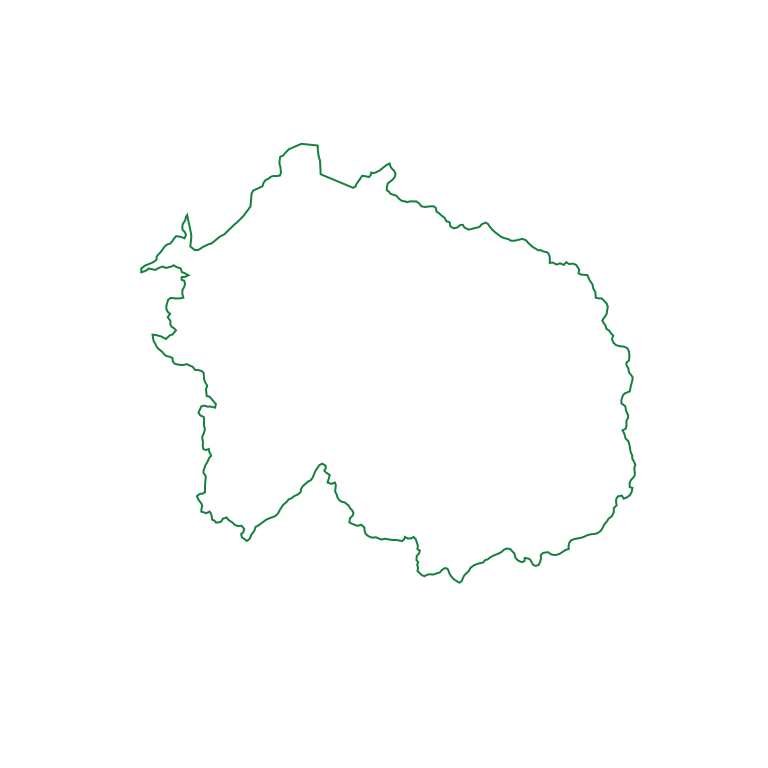 Itamaraju, Bahia, Brazil, rotated 222°
{"feature_id": "56859067B67912929740890", "entity_name": "Itamaraju", "entity_type": "district", "adm_level": 2, "iso_a3": "BRA", "parent_name": "Brazil", "parent_adm1": "Bahia", "projection": "albers", "projection_center": [-39.741, -16.985], "detail": "fine", "context": "isolated", "style": "outline", "palette": "green", "viewbox_px": 768, "rotation_deg": 222, "n_neighbors": 0, "source": "geoboundaries", "source_scale": "gbopen_adm2", "svg_char_len": 6166}
<svg xmlns="http://www.w3.org/2000/svg" viewBox="0 0 768 768"><g transform="rotate(222 384 384)"><path d="M380.9,175.5L380.2,178.9L381.7,183.4L382.2,188.3L383.8,191.9L382.6,195.3L380.6,204.9L376.5,212.9L376.1,217.1L376.9,219.6L378.1,226.3L377.4,231.6L377.7,234.5L376.4,237.0L375.7,240.6L374.1,244.3L373.6,247.9L375.4,250.5L376.0,253.8L375.2,260.5L374.1,263.3L374.3,266.4L376.8,273.6L377.8,280.2L376.6,283.5L372.7,284.2L370.9,282.4L370.4,279.7L368.1,279.4L363.4,280.1L360.0,273.0L356.2,274.6L354.6,277.9L352.1,276.6L348.3,271.3L345.2,270.2L342.6,268.5L339.6,267.7L336.6,268.2L334.1,269.7L328.8,270.0L326.4,269.1L323.8,268.9L320.7,268.0L319.3,265.7L319.4,261.3L317.1,258.0L314.6,258.6L308.8,260.8L306.7,264.2L302.5,264.2L300.1,261.9L297.4,260.3L294.4,260.4L292.0,261.0L289.8,262.1L287.4,264.7L281.7,266.7L279.9,269.5L272.9,274.0L270.3,276.5L265.5,279.3L265.1,282.1L266.2,284.3L263.0,285.1L260.6,287.3L259.7,290.1L256.6,289.9L253.4,288.1L250.6,286.5L248.7,283.7L245.8,284.1L244.6,281.5L244.6,278.1L242.0,274.8L239.4,274.5L238.3,271.8L235.7,270.2L233.9,267.4L227.9,267.3L225.4,268.2L224.4,270.7L223.1,272.9L220.1,275.1L216.4,281.5L216.5,284.6L215.6,287.9L213.2,289.2L210.8,288.2L208.5,286.9L205.2,286.0L201.5,285.6L195.1,286.7L194.3,289.3L196.2,294.8L196.2,298.2L195.8,301.6L196.7,305.1L196.1,308.7L194.5,312.5L190.9,317.7L191.0,320.9L189.6,322.9L189.0,326.4L187.8,329.8L185.9,333.6L184.3,337.5L184.0,341.1L182.6,344.0L179.5,345.9L176.7,345.4L174.0,345.4L169.7,342.7L166.4,342.5L162.4,343.8L161.1,346.5L163.0,348.9L160.8,350.4L158.1,351.4L152.3,349.4L149.7,350.2L148.0,353.0L149.0,356.4L150.8,359.7L153.1,361.9L152.6,365.2L149.5,368.8L146.0,369.2L143.6,370.4L141.7,372.2L139.9,375.2L137.9,382.4L136.3,385.0L138.4,387.0L140.2,390.4L140.3,393.4L138.7,396.3L135.0,401.1L133.2,404.1L131.6,408.0L129.3,411.3L127.0,413.7L125.5,416.1L124.7,419.6L125.1,423.0L126.3,426.7L126.4,431.1L127.0,434.3L126.2,438.4L127.5,442.6L130.1,445.4L130.0,449.6L132.3,451.3L134.4,453.8L135.0,457.0L132.6,460.2L129.2,459.2L127.7,462.0L126.8,465.9L127.7,469.4L129.8,473.0L132.4,471.8L135.0,474.5L136.2,477.5L136.2,483.1L137.9,485.7L141.5,488.6L143.1,492.0L145.8,493.4L149.4,494.6L152.1,497.2L154.7,498.1L161.2,503.3L164.4,505.1L167.9,505.1L172.5,508.0L175.7,509.1L174.5,512.7L176.1,515.5L179.2,518.8L180.0,522.2L181.5,524.0L186.3,526.2L190.0,529.0L194.5,528.4L196.9,531.0L198.9,535.5L198.7,538.4L196.4,543.0L199.2,547.6L201.9,553.0L203.9,555.5L209.7,556.6L212.9,559.1L216.5,560.3L218.1,562.1L217.7,565.5L220.1,568.6L223.2,571.8L227.0,573.4L230.5,572.5L234.1,569.8L237.7,568.1L241.3,568.2L244.7,570.1L246.2,573.4L249.1,573.5L252.3,574.3L255.8,573.9L258.8,575.8L261.2,576.2L264.3,577.3L265.4,584.9L269.5,591.3L272.4,592.8L279.5,593.3L281.4,591.5L284.3,589.8L288.5,593.8L292.3,595.0L295.7,597.5L300.5,598.7L305.8,601.0L310.5,597.3L313.5,596.4L315.3,599.5L318.3,600.4L321.0,601.1L324.2,599.8L326.7,597.0L330.1,596.4L330.1,592.8L333.9,591.5L335.6,588.3L340.0,587.1L341.8,584.9L345.8,589.3L348.9,591.0L351.2,590.9L354.3,589.1L357.1,588.4L358.6,586.6L365.5,585.3L371.5,585.4L374.6,585.8L378.2,584.5L382.9,577.8L385.4,575.5L388.7,574.8L392.6,572.7L395.9,571.7L402.9,571.1L406.5,571.1L410.3,571.6L413.7,572.5L416.6,571.9L418.3,567.9L418.1,564.7L424.3,555.4L428.9,554.1L431.8,555.0L433.6,553.5L434.3,549.3L436.5,546.2L440.2,545.6L443.5,548.1L446.6,546.7L450.1,548.1L453.6,547.7L457.8,547.7L460.3,547.2L463.2,549.5L465.9,549.3L468.3,547.2L472.2,542.8L475.3,541.0L478.3,541.7L482.1,541.3L486.8,537.2L488.4,534.7L491.0,533.6L493.0,532.1L496.3,531.7L500.8,532.2L506.4,529.7L509.1,530.3L511.5,529.8L513.6,532.2L515.4,535.7L514.3,541.7L514.5,545.1L516.1,548.0L519.3,549.3L522.1,549.3L524.8,550.0L527.4,551.6L528.8,547.9L530.1,539.8L531.6,535.9L532.8,533.8L535.0,532.6L533.6,530.2L533.6,527.7L537.2,525.8L539.5,524.1L538.3,514.4L537.3,511.4L538.3,509.1L571.4,497.5L581.0,507.2L583.7,508.7L586.0,510.4L590.4,514.2L592.8,516.9L606.1,507.2L611.8,494.9L612.0,489.3L611.8,486.5L613.1,483.3L610.9,479.9L608.9,477.6L606.0,475.8L601.9,472.0L600.8,469.3L603.4,466.2L605.2,464.8L606.6,462.7L607.4,458.9L608.5,456.1L608.1,452.8L606.6,449.7L610.6,440.2L609.8,436.8L602.0,426.6L600.9,415.1L601.3,406.5L601.9,402.6L602.8,388.4L604.6,383.6L606.2,373.1L608.0,370.3L610.5,364.1L611.0,361.5L611.9,359.0L614.4,356.9L620.0,356.6L625.4,364.2L627.8,366.5L643.3,377.8L642.7,374.9L641.2,372.7L640.6,368.3L638.8,365.5L636.8,363.8L633.5,363.6L630.7,362.1L629.8,358.7L633.3,357.5L637.4,354.8L637.4,351.4L636.8,348.2L636.9,345.2L638.4,342.8L639.0,339.9L638.2,332.4L638.4,329.3L638.1,326.6L636.3,324.2L636.6,321.4L637.5,318.9L640.8,312.2L641.7,307.4L639.1,304.6L637.0,308.2L636.0,312.4L630.3,315.8L629.0,319.6L627.0,323.2L623.7,324.3L620.6,329.1L619.7,331.5L616.4,332.1L612.5,333.8L609.0,331.9L606.2,333.0L602.1,333.9L603.6,330.4L605.9,328.1L604.1,326.0L601.6,327.1L599.2,325.6L597.5,322.8L596.7,318.9L594.0,315.9L590.9,313.9L592.8,311.3L595.4,308.7L600.1,305.3L600.8,302.2L598.2,296.8L596.3,294.4L593.3,292.9L590.0,293.1L589.4,288.9L585.0,288.0L582.4,285.1L580.1,284.5L577.2,284.9L574.5,284.7L574.3,279.1L575.7,277.0L576.2,271.5L581.5,270.2L586.4,267.7L589.0,265.8L584.2,261.9L581.1,261.0L578.6,259.8L575.7,259.2L570.1,259.5L567.8,259.0L564.5,259.1L561.5,260.9L558.5,261.7L556.4,259.7L553.3,259.0L550.0,260.6L546.3,263.4L543.9,266.7L537.5,268.8L533.9,268.0L531.3,270.1L528.3,271.6L525.5,271.6L520.9,267.2L518.3,265.7L514.2,264.4L512.8,261.0L507.7,256.4L505.2,257.9L495.5,256.6L493.7,253.4L497.5,251.4L500.2,249.0L503.0,247.7L504.8,245.2L502.7,238.6L499.5,237.7L495.8,238.9L493.9,237.2L490.2,232.8L486.7,230.5L485.0,227.0L483.7,223.0L479.0,219.0L476.9,216.3L474.6,214.7L472.1,215.9L470.7,218.5L468.8,216.9L464.4,215.0L464.4,211.6L463.2,208.5L462.4,204.2L460.1,198.7L458.3,196.9L455.4,196.6L453.6,194.9L449.3,189.0L444.6,183.8L445.3,181.4L447.4,178.9L448.0,175.4L444.3,173.8L439.8,173.0L437.5,171.8L436.2,169.2L434.3,166.9L429.5,169.2L428.2,172.5L425.9,171.9L423.6,170.5L421.0,168.1L418.7,169.0L416.0,168.6L414.1,170.8L412.9,172.9L413.6,176.1L411.7,179.5L408.6,178.9L403.4,179.7L401.1,179.4L397.6,180.6L394.9,183.4L390.9,182.7L389.3,179.4L389.8,177.0L387.0,174.9L383.5,175.5L380.9,175.5Z" fill="none" stroke="#15803d" stroke-width="2"/></g></svg>